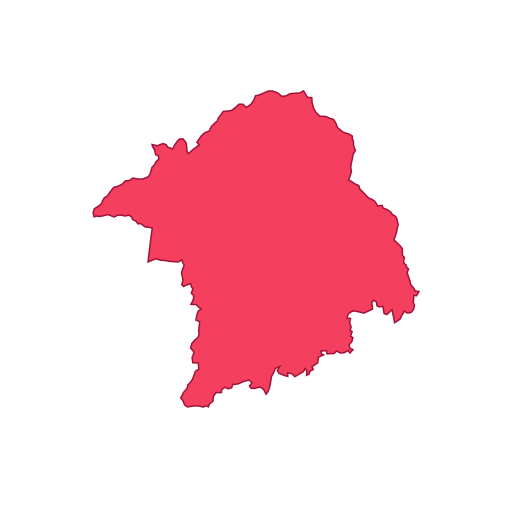 outline of São João do Triunfo, Paraná, Brazil, rotated 34°
{"feature_id": "56859067B92215694258834", "entity_name": "São João do Triunfo", "entity_type": "district", "adm_level": 2, "iso_a3": "BRA", "parent_name": "Brazil", "parent_adm1": "Paraná", "projection": "equal_earth", "projection_center": [-50.278, -25.688], "detail": "fine", "context": "isolated", "style": "filled", "palette": "rose", "viewbox_px": 512, "rotation_deg": 34, "n_neighbors": 0, "source": "geoboundaries", "source_scale": "gbopen_adm2", "svg_char_len": 4135}
<svg xmlns="http://www.w3.org/2000/svg" viewBox="0 0 512 512"><g transform="rotate(34 256 256)"><path d="M303.7,388.6L302.3,385.9L303.6,382.1L307.0,381.8L309.5,378.8L308.6,375.4L310.8,373.8L313.3,371.3L315.3,367.7L319.7,362.6L323.7,363.5L323.2,367.3L325.8,368.4L329.0,366.5L331.1,363.9L333.2,362.2L337.1,362.4L341.6,365.0L341.8,361.6L341.0,358.4L339.8,354.9L336.3,347.5L335.9,343.6L335.0,338.2L337.4,334.3L337.7,339.0L340.7,340.5L343.7,339.7L346.2,339.3L349.7,338.0L347.6,335.2L351.7,333.5L355.7,334.3L357.9,329.7L360.0,325.2L359.7,321.8L362.4,322.7L364.6,326.6L366.0,324.2L365.2,321.1L367.0,318.1L364.3,316.4L366.9,310.1L364.4,304.9L367.3,300.2L364.7,300.4L362.9,298.5L365.2,296.8L367.3,295.0L369.5,297.4L372.8,295.0L375.3,293.1L376.0,289.6L379.9,289.4L383.2,286.9L385.0,283.0L388.2,283.9L388.8,279.4L385.9,280.0L383.0,278.0L383.3,273.0L381.9,269.4L379.3,269.7L377.9,264.9L375.4,264.9L374.7,261.8L370.8,258.8L369.3,254.9L366.1,256.7L364.9,252.4L366.4,248.3L368.7,246.3L373.3,244.5L377.4,243.0L382.3,234.9L380.5,232.6L377.9,229.9L378.5,226.7L381.8,226.9L384.2,229.7L386.5,229.3L389.4,226.9L394.4,232.1L397.1,231.4L397.9,228.4L398.8,224.4L401.8,227.4L405.1,230.6L408.2,233.8L410.7,228.0L410.1,223.7L409.9,218.7L413.3,218.7L416.1,216.2L416.5,212.2L414.9,208.2L412.1,206.3L410.6,203.2L408.8,200.4L411.3,199.2L411.0,194.3L407.5,196.0L404.9,194.5L400.5,193.3L396.9,190.1L394.8,188.5L390.5,185.3L389.8,181.5L387.4,181.1L385.3,179.5L382.9,179.3L381.1,177.5L379.8,174.2L377.0,173.6L375.0,170.6L373.1,168.1L370.1,167.0L365.8,166.3L361.3,165.5L360.3,161.4L359.2,157.7L357.7,154.3L356.3,150.4L354.3,148.6L351.8,146.2L349.1,145.1L345.8,145.3L343.0,144.2L338.4,144.2L334.6,145.2L332.2,143.5L328.8,146.6L326.2,145.1L323.5,144.2L320.3,144.2L317.9,144.9L314.5,144.5L309.7,143.4L304.3,142.3L302.0,140.2L299.0,140.6L296.5,141.0L293.4,140.8L290.2,141.2L289.3,137.0L287.8,132.5L285.2,129.8L283.8,127.4L281.4,121.3L279.7,117.9L279.4,113.0L274.9,109.6L272.4,106.2L270.3,105.1L268.8,102.7L264.7,102.9L261.3,104.1L258.2,104.6L251.7,103.9L247.5,101.0L243.9,99.4L240.2,100.6L236.1,101.2L233.2,102.9L230.7,104.4L225.3,103.4L221.6,101.6L216.9,97.7L213.7,93.5L210.0,95.7L206.6,94.1L203.1,92.5L201.1,96.5L198.0,98.7L195.6,100.6L193.3,102.7L191.2,106.7L188.1,109.2L183.6,108.7L180.4,109.1L177.1,110.2L174.0,112.3L170.8,117.3L168.0,121.5L166.0,123.3L167.0,128.0L167.0,133.0L164.9,138.2L160.2,137.5L157.0,139.7L155.8,144.7L154.5,148.7L152.4,150.9L148.0,154.5L147.7,162.8L148.4,165.9L147.5,169.1L146.6,173.4L147.3,178.5L144.5,182.6L143.5,187.1L143.4,194.8L146.7,195.7L144.2,203.2L142.6,209.2L140.1,207.5L137.9,204.7L134.3,200.9L129.8,199.8L127.2,201.7L126.6,204.8L126.5,209.1L127.0,213.9L122.0,215.1L119.1,213.9L115.9,214.9L112.6,219.7L107.5,221.7L109.6,223.4L112.5,224.7L116.2,228.1L119.0,227.4L121.2,230.1L120.4,233.6L120.8,237.6L120.2,240.8L121.3,244.0L122.4,247.6L122.3,250.7L120.5,253.4L118.2,256.3L114.4,258.5L110.3,260.2L108.7,264.4L105.6,266.9L104.8,271.5L102.4,275.6L99.8,278.4L99.4,281.5L99.2,286.2L99.2,289.5L97.7,292.5L97.9,295.8L98.6,298.8L97.7,302.6L95.5,307.3L96.8,311.3L99.8,314.1L101.7,311.9L104.2,310.8L106.3,308.7L110.1,304.5L113.0,303.8L116.6,303.0L118.5,299.6L120.8,297.8L125.0,296.1L127.8,293.3L130.6,293.1L133.6,294.8L136.7,294.2L140.3,295.4L142.1,293.6L148.0,293.9L151.1,292.1L154.4,290.9L159.3,300.9L169.8,321.3L174.6,314.2L179.5,312.8L181.9,311.3L184.2,310.1L187.9,308.5L195.0,304.3L196.6,300.8L198.9,302.4L201.7,303.9L202.5,308.0L203.7,311.7L206.7,314.6L209.2,317.0L210.4,321.2L213.0,321.8L214.7,318.8L217.4,315.5L219.5,317.5L222.1,318.6L223.2,323.1L226.1,323.5L228.1,326.2L228.7,329.2L229.1,332.5L233.8,329.6L237.1,330.5L240.3,330.7L238.8,333.7L239.8,337.6L242.0,342.7L246.0,342.0L247.4,344.5L248.8,347.3L250.3,350.1L252.6,352.5L253.4,356.2L252.3,359.6L251.7,364.4L253.3,368.9L258.5,370.4L259.9,376.1L263.4,379.9L267.9,376.9L271.9,381.9L270.2,385.3L272.2,393.3L272.3,397.4L271.6,400.8L272.9,404.3L272.2,409.7L273.0,415.8L276.2,416.8L280.2,419.4L283.5,419.5L288.4,415.0L292.0,412.5L296.6,410.8L298.4,408.1L300.9,407.7L300.2,404.7L301.5,400.3L299.3,396.6L299.2,391.7L303.7,388.6Z" fill="#f43f5e" stroke="#9f1239" stroke-width="1.5"/></g></svg>